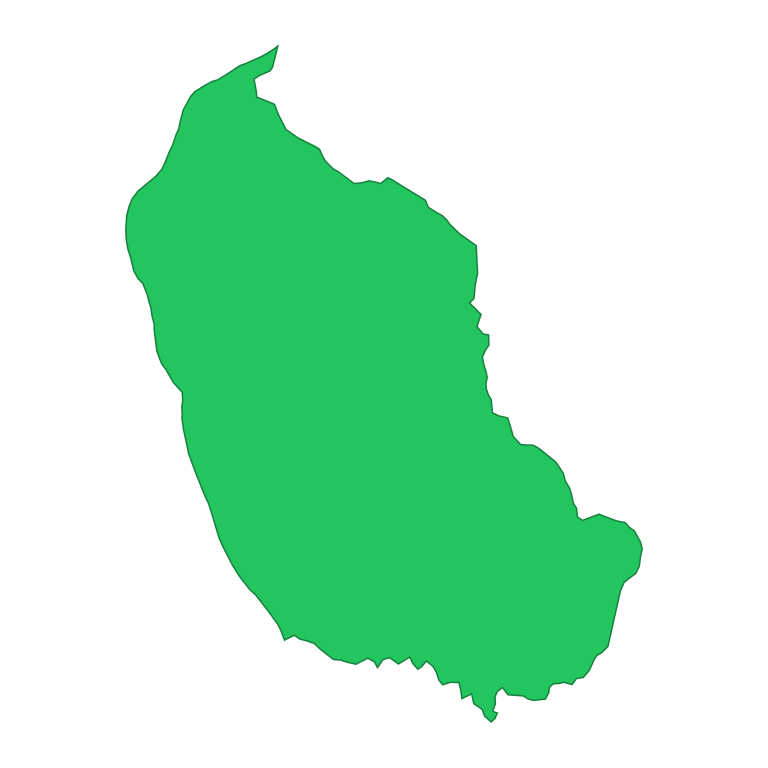 Ipueiras, Tocantins, Brazil (Natural Earth projection)
{"feature_id": "56859067B76630587037832", "entity_name": "Ipueiras", "entity_type": "district", "adm_level": 2, "iso_a3": "BRA", "parent_name": "Brazil", "parent_adm1": "Tocantins", "projection": "natural_earth1", "projection_center": [-48.392, -11.119], "detail": "fine", "context": "isolated", "style": "filled", "palette": "green", "viewbox_px": 768, "rotation_deg": 0, "n_neighbors": 0, "source": "geoboundaries", "source_scale": "gbopen_adm2", "svg_char_len": 2693}
<svg xmlns="http://www.w3.org/2000/svg" viewBox="0 0 768 768"><path d="M284.5,640.1L294.3,635.2L299.7,639.0L306.2,640.7L314.2,643.4L320.6,649.5L333.5,659.5L340.7,660.1L347.5,662.3L356.0,664.2L367.8,658.2L374.4,661.8L377.5,667.6L383.0,659.6L389.7,657.6L398.4,664.0L409.8,657.1L412.7,663.4L417.9,669.2L421.7,666.7L426.3,660.9L433.1,666.5L436.3,672.2L438.9,680.1L442.7,684.8L450.3,682.3L458.9,682.5L460.9,690.8L461.9,698.6L471.7,693.9L473.8,703.7L482.2,709.4L484.6,716.1L491.2,721.9L494.9,718.6L497.4,713.1L492.8,711.4L495.4,703.7L495.0,696.8L497.2,691.7L502.4,687.5L508.1,694.8L523.3,695.9L527.7,698.7L532.4,700.3L537.1,700.0L545.4,699.1L548.7,692.8L549.4,687.6L553.0,683.9L559.3,683.4L563.5,682.3L572.0,684.5L576.6,678.4L583.2,677.5L589.2,670.6L593.9,660.1L596.6,655.7L601.8,652.6L607.9,646.5L612.5,626.0L620.5,590.6L624.3,582.1L635.8,573.3L639.3,566.2L640.3,557.8L642.2,549.0L640.3,541.7L634.4,530.9L629.3,527.3L625.3,522.6L616.5,520.9L604.2,516.3L599.1,514.2L582.5,520.4L577.5,517.0L576.5,508.2L573.5,503.5L571.3,493.8L569.9,488.8L565.1,480.5L563.3,473.3L555.9,462.1L549.5,457.0L538.8,448.3L533.1,445.2L527.4,445.0L520.7,444.6L513.3,436.6L509.8,424.4L507.6,417.9L498.9,415.9L492.4,412.8L491.3,399.8L488.1,394.3L486.2,388.5L486.0,382.9L487.2,377.6L486.2,372.1L483.8,364.6L482.4,356.8L485.5,350.1L488.9,345.2L488.6,334.9L483.1,334.0L477.0,326.6L481.0,314.4L469.6,303.0L474.0,298.4L475.2,285.3L476.4,278.9L477.6,274.0L476.2,245.7L459.8,234.0L449.8,224.3L447.1,220.4L442.4,215.7L436.8,212.7L428.4,207.4L425.3,200.2L419.4,196.6L399.4,184.4L392.3,179.9L387.9,177.7L380.8,183.4L369.2,180.8L362.2,182.7L354.2,183.6L347.8,178.8L337.8,171.4L333.2,168.9L325.8,161.6L322.3,155.8L319.5,149.2L315.7,146.7L307.8,142.9L297.8,137.8L286.0,129.5L278.5,114.8L274.5,104.3L256.8,97.1L256.2,90.7L254.0,79.1L259.4,75.5L269.9,71.0L272.6,67.1L277.8,46.1L273.2,49.6L267.3,53.3L261.2,56.7L245.0,63.8L240.4,65.5L236.4,67.9L228.4,73.3L217.6,79.9L211.9,81.6L204.8,85.4L194.6,91.9L190.6,96.5L183.2,110.1L180.1,122.0L178.8,128.7L176.2,134.5L172.5,145.3L168.9,152.8L165.8,160.8L161.9,169.2L155.8,176.3L137.7,191.4L132.2,198.8L129.1,206.4L126.7,215.8L125.8,229.6L126.3,239.8L128.0,249.5L130.6,257.6L133.9,271.0L137.9,278.4L142.9,283.6L147.5,295.3L148.9,301.4L151.0,308.3L151.9,315.2L154.2,324.3L154.2,329.7L156.8,350.8L159.6,358.8L162.0,364.3L166.2,369.9L173.2,382.3L182.3,392.4L182.7,400.4L181.8,407.8L182.2,413.1L182.0,418.4L183.4,428.7L188.7,453.8L195.1,471.3L204.9,495.9L208.7,503.9L212.4,515.7L214.1,521.5L219.3,538.7L223.1,546.9L232.7,565.6L237.6,573.6L242.0,579.8L246.2,585.0L250.0,589.9L255.2,594.4L259.6,600.0L269.0,612.1L277.6,624.1L280.5,629.6L284.5,640.1Z" fill="#22c55e" stroke="#15803d" stroke-width="1.5"/></svg>